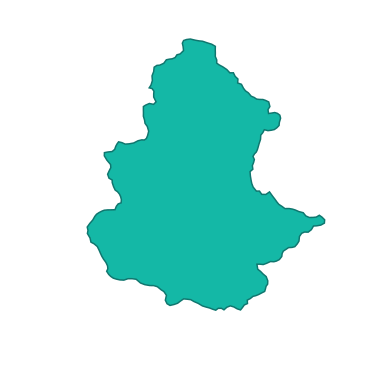 Santo Antônio do Amparo, Minas Gerais, Brazil, rotated 141°
{"feature_id": "56859067B88751965199832", "entity_name": "Santo Antônio do Amparo", "entity_type": "district", "adm_level": 2, "iso_a3": "BRA", "parent_name": "Brazil", "parent_adm1": "Minas Gerais", "projection": "robinson", "projection_center": [-44.951, -20.918], "detail": "fine", "context": "isolated", "style": "filled", "palette": "teal", "viewbox_px": 384, "rotation_deg": 141, "n_neighbors": 0, "source": "geoboundaries", "source_scale": "gbopen_adm2", "svg_char_len": 3277}
<svg xmlns="http://www.w3.org/2000/svg" viewBox="0 0 384 384"><g transform="rotate(141 192 192)"><path d="M305.7,172.0L303.3,169.0L300.4,166.4L296.3,164.9L293.2,162.4L290.3,159.3L289.3,153.7L287.0,149.7L283.7,145.9L280.7,143.4L278.5,140.2L277.5,135.3L276.5,132.4L276.9,127.8L280.8,124.7L281.7,120.9L280.5,117.7L276.8,115.9L273.2,114.6L269.6,114.5L265.8,114.2L263.4,111.9L260.7,109.1L259.4,105.6L257.3,101.6L255.6,96.9L253.6,93.9L251.4,90.9L249.7,87.9L247.9,85.2L244.8,85.1L242.3,83.1L241.3,80.3L237.4,80.5L233.9,79.4L231.8,76.3L230.4,72.7L228.5,69.8L225.7,70.4L222.4,71.3L219.1,70.4L217.1,73.2L213.8,72.5L210.2,72.5L207.7,71.3L204.8,70.4L200.8,69.6L198.1,69.0L196.0,70.4L193.8,72.1L191.2,72.8L189.0,75.3L187.6,79.6L188.4,83.7L188.7,87.2L189.5,90.6L187.0,95.0L184.8,93.3L182.3,90.8L178.8,89.6L174.8,88.6L172.3,86.3L169.9,85.2L166.6,84.5L162.8,85.4L160.6,87.5L158.2,88.6L155.3,88.3L151.9,88.0L149.2,86.0L146.5,84.8L143.0,85.4L139.8,86.5L136.5,89.8L132.8,90.9L129.8,90.1L127.0,87.7L123.0,87.6L119.0,89.1L116.3,87.2L112.7,85.2L108.7,84.5L106.4,86.9L106.8,90.7L107.7,93.8L111.2,94.3L113.8,96.0L116.9,98.4L118.6,101.8L118.6,105.9L121.3,109.6L123.1,113.1L124.7,115.5L126.9,118.0L130.2,120.6L131.2,124.4L132.3,127.8L132.3,131.0L132.1,134.2L132.0,138.2L131.7,143.3L136.1,143.6L139.3,146.3L139.0,150.3L141.4,152.2L141.4,157.3L140.2,161.0L138.7,163.9L136.6,167.6L134.1,171.3L130.4,171.4L128.5,174.5L125.5,176.2L123.1,178.0L122.2,181.3L119.4,182.3L116.9,182.6L114.5,183.8L112.0,185.5L109.5,187.3L105.6,189.8L102.8,192.9L99.5,193.6L96.6,194.9L94.4,191.9L91.5,190.1L88.7,188.7L85.7,188.5L82.5,188.9L80.2,191.2L76.7,193.6L75.4,196.4L76.1,199.3L77.7,201.7L80.4,203.2L83.1,204.8L81.1,208.2L77.7,209.4L75.7,213.7L77.2,216.9L78.7,219.3L81.1,221.3L83.3,223.5L84.2,226.4L85.7,229.2L85.8,233.6L86.8,237.0L86.7,240.3L85.8,244.6L87.9,248.0L85.2,250.9L85.7,254.7L84.8,258.6L87.6,260.8L87.9,265.3L89.3,269.9L90.9,273.7L91.7,276.6L89.7,279.0L88.6,282.7L86.4,285.3L84.4,287.9L82.2,290.5L83.7,294.5L86.4,298.5L88.9,302.5L91.5,305.1L94.0,308.0L97.0,311.9L100.2,313.9L103.2,315.0L105.9,313.7L107.3,310.8L109.6,307.2L114.5,306.8L117.3,308.1L120.5,307.1L123.6,308.0L126.0,309.5L128.7,310.9L132.9,309.8L137.3,310.9L139.6,312.5L142.9,312.8L146.0,309.7L150.0,307.4L152.7,303.5L156.6,300.9L159.7,299.9L157.9,297.4L158.2,294.2L160.0,292.4L162.0,289.9L163.2,284.7L166.7,284.3L169.4,287.6L173.3,288.7L176.0,289.0L177.8,286.8L179.9,284.1L182.1,281.5L183.6,277.8L185.3,274.9L185.5,271.1L187.4,266.5L191.0,263.8L193.8,262.3L196.3,262.4L198.3,264.2L201.7,265.8L206.5,266.8L210.7,269.1L213.8,271.3L215.4,274.5L217.5,277.2L220.1,276.5L222.5,275.5L225.2,273.8L228.6,273.7L232.3,276.1L235.3,277.7L237.4,275.3L238.1,270.2L238.0,264.6L239.8,262.0L243.2,260.5L246.4,258.9L247.8,255.0L246.5,251.5L248.1,249.5L249.6,245.5L250.5,241.8L249.7,239.1L249.7,236.0L250.4,233.3L251.7,230.5L253.9,228.2L256.9,229.2L259.8,228.5L263.0,226.7L266.3,229.2L269.0,231.3L271.7,233.1L274.3,233.9L277.1,234.5L280.2,234.8L282.9,234.2L286.7,232.7L291.2,231.9L295.5,230.7L297.0,227.6L299.4,225.6L300.2,220.4L302.1,216.6L300.7,213.4L299.9,209.2L300.9,204.9L301.8,201.7L302.5,198.9L303.0,195.6L303.2,191.5L304.1,187.8L305.7,185.3L308.2,184.1L308.6,180.4L308.3,177.6L307.4,174.6L305.7,172.0Z" fill="#14b8a6" stroke="#0f766e" stroke-width="1.5"/></g></svg>